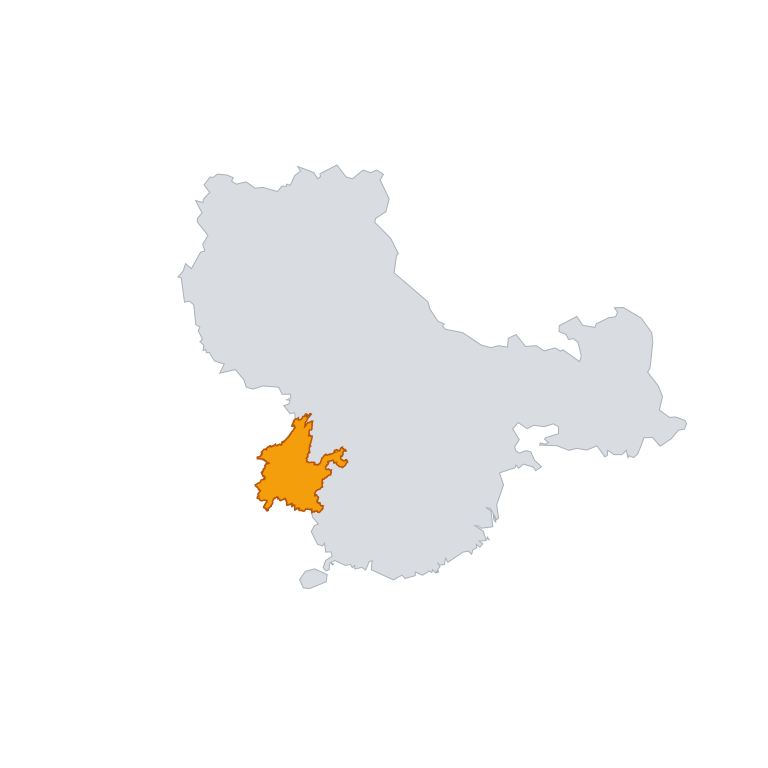 location of Yunnan within China, rotated 38°
{"feature_id": "CHN-1810", "entity_name": "Yunnan", "entity_type": "Province", "adm_level": 1, "iso_a3": "CHN", "parent_name": "China", "parent_adm1": "", "projection": "equal_earth", "projection_center": [102.236, 25.179], "detail": "fine", "context": "in_parent", "style": "filled", "palette": "amber", "viewbox_px": 768, "rotation_deg": 38, "n_neighbors": 0, "source": "natural_earth", "source_scale": "10m", "svg_char_len": 9825}
<svg xmlns="http://www.w3.org/2000/svg" viewBox="0 0 768 768"><g transform="rotate(38 384 384)"><path d="M430.2,551.2L417.5,545.1L416.3,538.3L418.5,534.7L409.4,532.9L403.9,527.4L391.1,537.8L388.0,534.7L381.8,539.0L376.9,535.1L373.6,539.9L369.5,538.5L367.7,541.5L369.7,555.8L365.0,555.3L363.4,548.0L354.4,551.6L352.2,544.5L345.0,542.8L348.3,532.4L342.1,529.4L340.4,520.2L341.9,517.4L329.7,520.1L331.1,516.0L329.5,510.9L332.3,502.9L340.4,495.1L340.6,473.3L337.3,473.6L335.5,466.1L331.4,461.6L328.1,465.2L318.4,462.7L321.3,458.3L320.0,454.7L317.1,456.3L319.3,452.2L316.3,449.7L310.1,454.8L303.0,451.4L289.8,460.0L284.0,468.6L277.4,471.3L270.9,466.9L258.0,464.2L247.9,476.6L245.8,466.7L236.2,470.2L226.8,466.6L224.8,468.8L222.3,466.5L220.8,469.0L218.1,464.4L212.9,463.9L213.4,460.4L204.8,456.4L203.9,452.5L199.0,453.0L185.4,438.7L179.6,438.5L176.4,442.3L159.0,425.3L155.7,426.5L156.2,418.4L153.5,411.4L161.2,411.7L158.3,393.1L160.9,389.6L155.0,385.3L153.8,375.3L137.2,371.3L135.1,368.4L135.2,361.2L122.6,355.4L129.7,352.4L128.0,349.8L128.6,340.3L119.7,337.9L119.4,328.0L122.1,326.5L123.6,321.1L131.8,315.9L138.4,314.3L139.0,318.0L144.7,317.4L150.9,309.6L161.7,309.1L167.8,303.5L181.6,297.9L181.8,290.8L185.3,288.4L184.2,286.5L187.8,285.1L185.3,274.6L187.2,267.6L182.2,265.7L198.5,260.6L205.3,263.1L206.4,259.7L204.1,257.8L212.1,240.4L226.6,244.2L232.8,241.7L235.9,228.2L243.3,225.8L246.7,219.8L254.5,219.1L255.3,225.6L274.1,235.0L279.4,247.1L275.5,258.6L277.1,262.3L299.6,265.1L315.1,272.5L314.8,275.2L323.5,290.2L368.1,292.2L373.9,296.6L387.6,301.3L394.5,299.8L394.5,302.3L398.8,303.0L414.3,295.1L436.8,293.4L445.9,289.5L450.9,283.1L458.7,278.9L453.8,271.5L457.6,263.7L472.4,267.3L480.3,260.1L489.8,259.4L496.6,250.2L503.1,249.4L503.8,246.9L524.3,246.0L522.5,240.7L511.3,231.7L505.2,231.7L502.0,235.3L496.8,232.9L489.7,234.9L486.2,230.1L494.3,212.1L504.5,215.4L515.4,209.5L514.2,205.9L520.2,193.5L525.1,188.4L523.8,183.6L518.6,182.1L525.5,176.4L546.2,173.7L563.4,178.8L570.2,185.7L584.0,208.0L584.4,212.3L601.3,216.7L611.1,222.3L617.0,234.9L629.4,234.6L634.2,230.4L643.3,227.5L646.7,228.8L648.6,234.6L644.5,239.1L644.0,250.6L639.8,263.0L628.6,260.8L622.0,266.2L627.0,282.7L626.1,288.1L620.8,290.1L622.0,292.3L615.8,287.0L614.9,293.3L608.8,298.0L601.1,298.5L603.9,302.9L602.9,305.4L589.9,301.7L584.6,311.0L575.4,316.2L570.6,322.4L558.2,326.2L544.2,336.4L543.5,334.2L548.4,332.0L549.4,328.7L544.5,328.8L544.3,326.9L552.1,315.7L547.8,310.2L542.0,311.1L536.6,318.9L527.4,324.4L524.2,331.1L513.6,331.7L513.0,340.1L524.9,344.6L525.6,353.1L528.8,355.4L533.1,355.2L537.1,348.9L541.4,347.1L549.8,351.5L559.1,352.2L556.8,359.0L552.9,357.5L543.1,361.4L542.0,367.5L537.8,366.6L538.9,369.2L529.7,382.9L540.3,389.9L547.1,409.7L556.8,419.1L556.4,421.6L544.5,416.6L540.1,418.7L546.4,418.1L557.6,429.5L549.4,437.8L545.2,437.9L542.9,439.7L552.8,438.9L560.9,444.4L555.8,449.2L560.2,449.1L560.0,453.6L555.6,453.6L557.9,455.9L556.2,459.8L557.8,464.2L553.3,463.8L549.8,467.8L544.1,485.2L539.7,483.3L542.8,489.1L539.0,492.6L535.8,491.8L540.5,493.3L540.9,501.1L536.6,500.4L537.8,503.1L534.8,503.4L532.1,511.0L524.4,512.9L526.6,515.8L520.3,524.3L515.9,523.5L512.0,532.6L488.4,538.2L483.4,530.6L481.7,533.0L484.0,541.9L479.6,542.1L474.9,547.7L472.6,545.1L472.2,548.2L468.6,546.8L465.4,550.6L453.9,553.4L451.5,558.6L455.1,564.1L453.5,567.0L449.0,566.1L446.7,558.9L449.2,551.6L445.6,548.9L441.6,552.3L435.1,546.1L435.3,549.6L430.2,551.2ZM456.5,569.1L460.2,575.4L451.2,591.2L445.9,594.3L437.9,590.1L437.4,580.0L443.1,572.4L456.5,569.1ZM557.5,424.2L554.2,423.4L551.1,420.3L553.5,420.9L557.5,424.2ZM562.6,441.9L560.3,442.6L559.6,441.0L562.6,441.9ZM542.8,498.5L541.6,500.6L541.7,497.9L542.8,498.5ZM452.7,557.8L455.0,556.8L454.9,558.3L452.7,557.8Z" fill="#d9dde1" stroke="#a8b0b8" stroke-width="1"/><path d="M371.1,539.9L370.6,539.6L370.0,538.4L369.6,538.5L369.0,539.0L368.5,541.2L368.0,541.2L367.6,541.7L368.1,542.5L368.0,543.7L368.5,545.3L369.2,545.7L369.9,547.2L369.7,548.5L370.0,549.4L370.4,549.7L370.3,550.2L369.8,550.4L369.9,551.1L369.6,553.7L370.6,554.8L370.4,555.2L370.0,555.3L370.0,556.0L369.5,556.1L369.0,555.4L368.3,555.6L368.3,554.9L367.6,554.7L366.3,554.9L365.5,555.5L365.0,555.3L364.6,554.6L364.6,553.7L364.9,553.0L364.3,552.6L364.4,551.3L364.1,550.4L364.3,549.5L363.9,548.8L363.8,548.0L363.4,547.9L361.0,549.3L359.8,551.1L359.0,551.7L357.4,551.9L356.8,551.1L356.3,550.9L354.8,552.2L354.5,552.2L353.9,551.2L353.8,550.7L353.9,549.8L354.3,549.3L353.7,548.9L352.9,548.9L352.5,548.5L352.2,547.1L352.6,545.3L352.3,544.6L352.4,544.2L351.5,544.1L351.2,544.6L350.3,543.9L349.9,544.3L349.4,543.7L348.5,543.4L347.5,543.2L346.8,543.6L345.7,543.5L344.7,542.8L345.0,542.6L344.8,542.4L345.7,540.4L345.7,539.7L346.8,538.4L346.8,536.9L346.3,535.2L346.8,534.8L347.4,533.7L347.4,532.8L348.4,533.1L348.6,532.8L348.1,531.7L348.2,531.1L347.3,531.0L346.6,530.2L345.5,531.1L345.3,530.6L343.9,530.5L343.7,529.8L342.1,529.6L342.6,528.0L342.4,527.7L342.0,527.7L342.4,527.1L342.4,526.6L342.1,525.8L341.5,525.7L341.3,525.0L342.1,524.0L341.5,522.9L341.5,522.1L340.2,521.6L340.4,519.8L340.2,519.5L342.1,517.9L342.2,517.1L339.5,518.0L338.7,517.4L338.1,517.3L337.1,517.7L335.7,517.4L334.9,517.7L332.8,518.7L330.3,520.9L330.1,520.5L329.2,519.7L331.2,517.1L331.1,516.3L331.3,515.9L331.2,515.4L330.5,515.1L330.5,514.7L331.0,514.5L330.6,513.4L329.3,513.3L329.6,511.3L329.5,509.7L329.6,509.4L330.8,508.3L331.8,508.2L331.2,507.0L331.2,505.3L331.7,504.7L332.2,503.1L332.4,502.8L333.2,503.5L334.5,502.1L334.8,501.3L335.2,501.0L335.1,499.7L335.4,499.3L335.5,498.3L336.8,499.0L337.1,499.0L337.4,498.7L338.9,495.5L339.2,495.4L340.0,495.9L340.8,495.0L340.2,493.7L339.7,493.5L339.4,492.0L340.1,491.5L340.4,492.1L340.9,491.1L340.7,490.3L340.4,490.1L341.1,488.4L341.1,486.4L341.5,485.4L341.3,484.2L341.5,483.2L341.1,482.3L341.3,481.9L341.1,480.6L341.4,480.0L340.9,479.4L340.8,478.4L341.1,476.3L340.8,475.7L340.9,473.3L340.6,472.8L339.9,473.1L339.4,472.3L339.1,472.4L338.4,471.9L338.1,473.5L337.6,473.9L337.2,473.8L336.4,471.4L336.4,470.1L335.8,469.4L336.2,469.0L335.5,468.2L335.7,466.6L335.6,466.1L336.9,465.1L337.4,463.4L338.8,465.0L340.0,463.9L340.7,462.3L340.2,460.5L340.2,459.4L341.1,458.5L340.7,456.0L340.8,455.7L342.0,455.3L342.7,457.6L343.6,457.3L343.2,456.1L343.5,455.5L344.2,454.7L343.9,453.3L344.0,452.8L345.2,452.5L345.3,455.7L345.0,457.4L345.3,459.5L345.7,460.4L345.6,462.4L346.2,463.6L346.6,464.0L346.6,464.4L347.6,465.6L347.7,466.1L347.8,466.3L348.0,464.7L347.7,463.7L347.8,462.1L347.6,461.4L348.8,460.6L349.2,459.1L349.7,458.6L349.9,457.7L350.8,457.2L351.0,458.5L351.9,459.4L352.0,460.3L353.0,460.8L353.5,462.1L354.9,463.8L355.0,464.9L353.7,465.8L354.1,467.3L355.4,469.2L356.2,469.6L356.2,470.9L356.5,471.3L357.5,469.9L358.6,470.2L359.3,469.3L359.7,469.5L361.7,473.5L361.7,474.4L362.2,474.9L362.7,475.8L363.0,478.2L364.5,478.1L364.2,479.8L364.3,480.2L366.2,482.3L366.6,483.9L366.9,484.0L367.3,483.3L367.6,483.4L367.6,484.3L366.8,486.1L367.1,486.6L368.0,487.0L369.0,488.6L368.3,489.5L368.4,490.5L368.7,490.7L369.2,490.4L370.1,491.1L370.3,492.1L370.9,492.9L371.6,492.1L373.4,492.2L374.8,490.4L375.6,490.1L376.2,489.3L377.8,488.5L378.3,488.9L378.2,490.0L378.9,490.5L380.7,488.7L381.4,488.9L381.8,488.7L381.8,487.1L382.3,486.9L382.4,486.2L381.6,482.7L380.9,481.5L380.7,480.1L381.1,478.9L380.8,476.9L381.4,475.2L381.8,475.7L383.0,475.3L383.9,473.4L384.7,473.1L384.5,472.5L386.1,470.9L386.6,469.8L386.8,468.6L387.2,468.1L386.7,468.3L386.5,467.4L386.0,467.4L386.1,466.2L386.9,465.6L387.2,464.8L387.9,464.5L388.7,465.2L390.2,463.8L389.3,461.2L389.9,459.5L390.0,459.4L390.1,459.9L391.0,460.2L391.7,459.9L392.1,460.2L393.5,459.8L393.6,459.6L394.0,459.9L394.9,459.7L395.4,460.0L394.9,460.7L393.7,461.0L393.6,461.3L393.8,463.7L394.8,464.3L395.2,464.9L395.1,465.5L395.5,466.5L395.4,466.9L394.5,467.3L394.4,467.6L394.9,468.4L396.0,469.4L397.0,469.9L398.0,469.4L398.6,469.5L399.7,469.2L400.4,468.6L400.4,467.3L400.9,466.8L402.4,467.1L402.7,467.9L403.4,467.9L403.3,468.9L402.9,469.7L403.6,471.4L402.7,475.6L401.5,475.4L399.5,476.7L398.9,476.4L396.2,476.5L395.6,476.2L394.8,474.9L393.7,476.0L393.7,476.8L393.0,477.1L391.2,475.5L390.8,475.5L390.4,475.7L389.6,477.1L387.5,479.7L387.9,480.3L388.6,479.9L389.3,481.1L389.3,482.2L388.8,482.4L388.7,482.9L388.9,483.9L389.2,483.9L389.1,485.5L389.8,486.3L390.5,486.7L391.7,486.7L392.6,485.1L394.5,485.3L395.4,484.2L396.0,485.8L396.8,485.9L397.9,488.5L396.6,489.9L396.5,490.8L396.2,491.3L396.4,491.9L396.2,492.9L395.9,493.6L395.2,494.0L395.5,494.9L395.2,496.2L395.0,496.5L394.3,496.5L394.4,497.8L395.6,498.8L395.6,499.7L396.7,499.7L396.9,501.2L398.1,502.5L399.0,502.9L398.9,503.3L398.4,503.4L398.1,505.0L398.3,506.0L396.8,508.3L396.7,509.4L396.2,510.4L397.0,513.3L398.3,514.7L398.6,514.4L398.2,513.3L398.6,513.0L399.8,513.1L400.7,513.6L402.0,513.5L402.8,514.9L402.9,517.1L403.9,518.0L404.0,517.3L405.3,518.4L405.7,518.4L406.0,518.3L406.2,517.4L407.0,517.1L407.6,518.2L408.8,518.7L409.6,518.7L409.8,518.0L411.0,517.5L410.9,518.2L412.3,519.2L412.2,519.8L412.7,520.9L412.1,521.5L412.3,522.4L412.1,525.0L410.9,525.8L409.4,525.2L408.4,526.5L407.9,526.8L407.9,527.4L407.3,527.3L407.2,528.1L406.4,529.2L406.3,529.8L405.8,529.4L405.4,528.3L404.7,528.1L404.1,527.1L403.5,527.7L403.2,528.6L402.8,528.4L401.8,528.9L400.6,529.9L400.1,529.7L399.9,530.3L399.3,530.8L399.6,532.9L398.5,534.1L397.3,534.4L397.0,534.0L396.0,535.2L394.9,535.9L393.9,535.2L394.0,534.1L392.5,534.6L391.9,535.5L391.5,538.0L391.3,538.3L388.2,534.5L387.7,534.9L387.3,535.7L387.3,536.5L386.9,537.3L386.3,536.8L385.9,535.9L385.9,535.3L385.1,534.6L384.4,536.2L383.4,537.0L383.4,537.9L382.4,538.5L382.4,539.1L382.1,539.3L381.1,538.6L380.4,537.1L378.0,535.6L377.5,535.8L377.3,535.2L376.8,534.9L376.4,535.2L376.1,536.0L375.8,536.1L376.0,536.7L374.8,538.4L374.4,539.5L373.9,539.3L373.4,539.7L373.2,539.3L372.3,539.0L371.3,539.3L371.1,539.9Z" fill="#f59e0b" stroke="#b45309" stroke-width="1.5"/></g></svg>